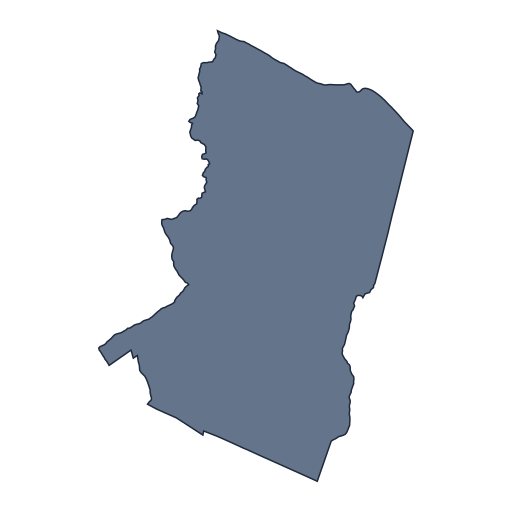 Barreirinhas, Maranhão, Brazil
{"feature_id": "56859067B98453843203309", "entity_name": "Barreirinhas", "entity_type": "district", "adm_level": 2, "iso_a3": "BRA", "parent_name": "Brazil", "parent_adm1": "Maranhão", "projection": "robinson", "projection_center": [-42.957, -2.836], "detail": "fine", "context": "isolated", "style": "filled", "palette": "slate", "viewbox_px": 512, "rotation_deg": 0, "n_neighbors": 0, "source": "geoboundaries", "source_scale": "gbopen_adm2", "svg_char_len": 5159}
<svg xmlns="http://www.w3.org/2000/svg" viewBox="0 0 512 512"><path d="M413.2,131.0L412.0,129.6L410.3,127.8L408.6,126.1L406.9,124.3L404.8,122.2L403.5,120.7L402.5,119.5L401.2,117.9L399.4,115.8L397.6,113.8L395.9,111.9L394.0,109.9L392.8,108.7L391.7,107.4L390.4,106.2L388.9,104.8L387.6,103.4L386.1,101.8L384.5,100.1L382.8,98.6L381.5,97.3L380.3,96.3L378.2,94.6L376.5,93.4L375.2,92.4L373.3,91.2L371.4,90.1L368.7,89.0L366.8,88.5L365.0,88.3L363.0,88.7L361.6,89.6L360.5,91.0L358.7,92.0L356.8,92.1L355.5,90.2L353.9,88.4L352.3,86.3L350.8,84.3L349.1,83.4L346.7,84.0L344.6,84.7L342.1,84.9L340.6,84.8L338.6,84.9L335.2,84.8L332.7,84.7L330.2,84.5L328.1,84.7L326.0,85.0L323.9,84.9L321.2,83.9L318.9,83.4L317.0,83.0L315.3,82.1L313.1,80.8L311.0,79.6L309.3,78.4L307.0,76.9L304.9,75.8L302.8,74.4L296.2,71.2L294.6,70.3L292.9,69.2L290.9,67.8L289.3,66.9L287.5,65.6L285.5,64.4L283.9,63.4L282.0,63.0L279.9,62.4L277.8,61.1L275.8,60.0L274.3,59.2L272.9,58.4L271.7,57.5L270.0,56.1L268.0,54.7L266.6,54.0L265.1,53.2L262.9,51.9L260.7,50.6L258.2,49.3L255.5,47.8L253.3,46.6L251.2,45.6L248.9,44.1L247.2,43.3L245.6,42.5L244.2,41.6L241.8,41.3L239.5,40.9L237.5,39.9L236.0,39.3L234.6,38.5L232.2,37.3L230.2,36.2L227.4,34.9L225.4,33.9L222.5,33.0L221.1,32.4L219.4,31.6L217.5,30.7L218.2,33.4L219.1,35.2L219.3,37.0L218.6,40.5L216.8,42.9L216.0,44.4L215.4,46.2L215.6,48.5L214.7,52.1L216.0,54.6L215.3,57.7L213.7,59.5L212.6,61.7L211.0,62.0L208.8,62.2L207.2,62.6L205.3,62.7L203.4,62.6L201.3,63.6L200.6,67.1L199.6,69.0L199.7,71.4L199.1,73.8L198.1,77.9L198.7,80.4L199.7,82.9L200.2,84.7L201.1,87.2L200.8,90.9L202.2,92.2L202.0,93.9L200.1,92.8L198.8,93.7L199.1,95.4L197.4,97.8L198.0,100.7L197.2,103.5L198.8,105.8L197.6,110.3L196.6,112.7L196.0,114.8L195.0,116.9L193.4,118.1L191.8,118.7L190.0,119.5L188.8,121.3L190.3,122.5L192.5,123.3L191.6,125.1L191.4,127.6L189.8,132.0L190.7,135.9L191.7,138.0L193.4,139.2L195.2,140.5L197.5,140.1L199.8,140.8L200.7,142.5L202.4,143.5L204.4,144.5L205.9,147.0L205.8,149.2L205.7,151.2L206.1,152.9L204.5,153.8L202.6,154.3L201.7,156.4L202.1,158.7L204.5,159.3L206.4,158.9L207.8,159.9L208.9,162.0L209.7,163.8L208.2,164.5L208.4,166.4L206.8,167.5L205.3,169.3L204.7,171.3L203.3,172.8L202.4,175.5L204.0,176.9L206.2,177.6L206.1,180.0L206.8,182.2L205.6,184.2L204.6,185.9L204.3,187.8L205.0,190.2L205.5,191.8L203.5,192.5L202.0,193.3L201.8,195.4L201.6,197.4L200.0,198.3L198.4,198.1L196.9,199.3L197.0,201.1L196.7,203.8L194.1,205.5L192.5,207.5L191.6,209.4L190.4,210.7L187.9,211.3L185.3,210.7L183.2,211.1L181.2,212.1L179.8,213.5L178.3,215.6L176.6,217.6L174.3,218.4L171.6,219.4L167.1,218.4L164.8,219.4L162.0,219.6L161.7,221.6L161.8,224.2L162.4,225.9L163.4,227.6L164.9,232.2L166.5,235.0L167.7,236.4L169.6,239.6L170.6,243.4L172.5,245.5L173.4,247.2L173.3,249.0L172.1,253.3L171.7,256.0L172.1,259.3L173.6,261.5L173.8,265.9L175.7,269.4L176.9,270.9L177.8,272.7L178.9,274.9L180.7,276.8L182.3,278.4L183.8,280.1L185.3,282.3L187.2,282.9L188.7,284.7L186.4,286.3L184.7,288.0L183.7,290.1L182.5,291.7L180.7,293.0L179.2,295.3L177.1,297.0L175.9,298.6L174.9,300.3L174.5,302.1L172.4,303.7L169.8,305.0L167.1,306.2L165.3,307.3L163.4,307.8L161.4,308.6L159.7,310.2L158.2,311.3L156.6,312.7L155.1,314.1L152.1,316.9L150.6,317.8L149.3,319.0L147.6,319.5L145.8,320.1L144.0,320.6L142.0,321.9L140.7,323.1L139.1,323.7L137.3,324.1L135.5,324.6L133.9,325.3L131.9,326.8L129.4,328.2L127.8,328.2L125.9,330.0L123.9,331.1L121.2,332.7L116.7,333.9L115.0,334.6L113.6,335.7L111.3,338.3L109.5,339.9L108.0,341.1L106.7,342.2L105.8,343.6L104.2,344.8L102.3,345.6L100.1,346.6L98.8,348.0L99.2,350.0L100.3,351.4L101.3,352.9L102.3,354.7L103.2,356.1L104.2,357.5L105.1,359.4L106.7,361.3L107.9,363.2L109.1,365.4L131.0,350.1L132.0,353.4L132.5,355.5L133.3,358.2L137.3,355.5L138.5,362.6L139.3,365.1L139.7,370.3L141.1,372.5L144.9,376.3L146.2,378.8L147.5,381.9L148.5,384.8L149.4,387.6L150.1,389.8L150.1,392.4L150.7,395.4L151.5,397.9L151.3,399.9L149.2,401.9L147.5,404.2L157.0,409.3L176.2,417.8L181.2,421.0L202.9,435.1L203.2,433.3L203.7,431.0L216.7,436.1L221.1,438.0L231.4,442.6L236.4,444.9L242.9,447.9L245.8,449.1L253.2,452.4L259.2,455.2L289.6,468.8L311.6,478.7L314.7,480.1L317.3,481.3L317.9,479.4L329.0,447.5L331.2,441.2L333.1,439.9L335.6,438.7L338.9,436.5L340.8,436.1L343.6,435.1L345.3,434.2L346.6,432.6L347.6,430.4L349.6,425.4L349.9,420.3L349.9,417.4L349.5,415.2L349.3,413.5L349.8,409.5L349.4,407.0L349.4,405.2L350.1,403.0L350.2,400.4L349.5,398.8L349.1,396.8L349.9,394.8L351.1,392.4L351.3,390.3L352.9,385.7L353.7,383.7L353.6,381.7L353.9,379.2L353.7,376.7L351.8,374.1L350.3,370.6L350.2,367.0L349.5,364.9L347.5,363.2L346.9,361.4L344.8,359.0L343.2,356.2L342.1,353.7L342.5,350.8L342.4,348.3L343.5,346.3L344.4,344.7L345.0,342.5L345.5,340.3L346.6,335.1L347.8,332.8L348.5,330.9L349.3,328.1L349.4,326.3L349.5,324.1L350.5,321.5L351.0,318.9L350.8,317.2L350.8,315.3L351.2,313.6L351.7,311.4L353.1,309.8L353.7,308.0L354.6,306.1L353.7,303.1L355.3,299.6L356.4,296.2L358.2,295.4L360.3,295.5L362.1,296.3L362.9,297.7L364.1,295.5L365.2,293.8L367.3,293.1L369.6,292.5L370.8,289.9L372.0,288.8L373.5,287.6L373.6,285.5L374.9,283.4L382.2,255.5L383.3,251.1L387.8,233.6L392.3,214.5L393.3,210.7L398.1,191.7L402.0,175.8L413.2,131.0Z" fill="#64748b" stroke="#1e293b" stroke-width="1.5"/></svg>